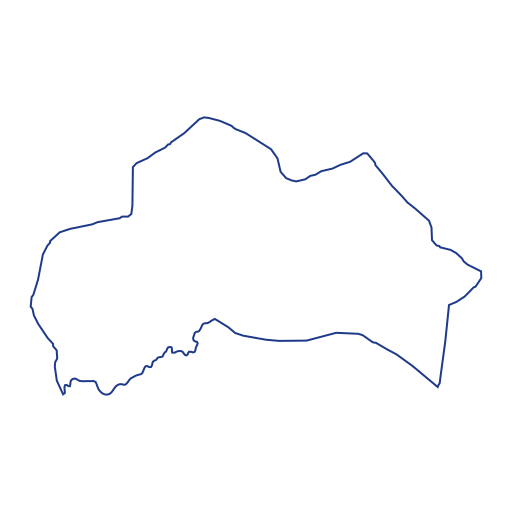 Acatenango, Chimaltenango, Guatemala
{"feature_id": "79465075B13136333773356", "entity_name": "Acatenango", "entity_type": "district", "adm_level": 2, "iso_a3": "GTM", "parent_name": "Guatemala", "parent_adm1": "Chimaltenango", "projection": "robinson", "projection_center": [-90.976, 14.55], "detail": "fine", "context": "isolated", "style": "outline", "palette": "blue", "viewbox_px": 512, "rotation_deg": 0, "n_neighbors": 0, "source": "geoboundaries", "source_scale": "gbopen_adm2", "svg_char_len": 2870}
<svg xmlns="http://www.w3.org/2000/svg" viewBox="0 0 512 512"><path d="M235.8,129.2L233.6,127.8L231.5,125.8L219.7,120.8L208.6,117.9L204.0,117.4L201.5,118.4L199.4,119.1L184.3,133.1L171.1,142.3L169.9,144.2L168.0,144.5L165.3,147.5L155.1,152.6L147.5,158.2L136.6,163.1L132.9,167.1L132.4,205.9L131.3,214.0L128.1,216.6L122.0,216.6L119.8,218.2L97.4,222.2L92.4,224.3L70.0,228.9L59.7,232.3L50.1,241.1L50.1,242.6L47.3,245.8L42.9,254.5L38.0,279.8L33.3,294.9L31.6,297.1L30.7,306.7L32.5,308.9L33.9,315.4L38.2,323.9L47.8,338.2L53.1,343.9L53.1,346.1L56.7,350.4L57.2,358.6L55.2,362.1L54.8,366.6L56.8,380.6L63.1,394.3L64.8,393.0L64.8,391.3L64.5,388.9L64.5,386.8L65.1,385.1L66.8,385.0L68.3,386.1L69.9,386.2L70.3,384.4L70.4,382.9L70.9,380.6L72.6,379.0L74.9,378.5L76.6,379.2L78.2,380.2L79.8,380.9L81.9,381.2L83.7,381.2L86.2,381.1L90.2,381.1L91.9,381.1L93.4,381.0L95.6,382.0L96.2,383.2L96.9,385.0L97.5,386.8L98.1,388.2L98.7,389.5L99.5,390.6L101.1,392.3L102.3,393.3L104.2,394.2L105.5,394.5L107.1,394.6L109.4,394.0L111.2,392.6L112.2,391.4L113.3,389.8L114.4,388.2L115.8,386.4L117.1,385.4L118.3,384.7L119.8,384.2L121.6,384.2L124.1,384.8L125.7,384.4L127.6,382.4L128.6,381.0L129.4,379.8L130.7,378.4L132.0,377.7L133.2,377.1L135.1,376.0L137.3,375.1L139.1,374.6L140.6,374.3L142.3,373.1L142.9,371.7L143.9,369.3L144.4,368.0L145.5,366.3L147.2,366.0L149.1,367.1L151.0,367.0L152.0,365.3L152.4,363.3L152.9,361.7L154.7,360.5L156.3,359.8L157.4,358.0L159.0,357.2L160.7,357.1L162.4,356.6L163.1,355.5L163.6,354.2L164.8,352.4L166.0,351.6L166.7,350.1L167.2,348.8L168.0,347.5L169.6,346.9L171.5,347.3L172.0,349.4L171.9,350.8L172.2,352.6L174.6,352.7L176.0,351.9L177.9,351.2L180.1,351.0L181.3,351.2L182.5,351.7L183.7,353.3L184.8,354.8L186.4,355.4L187.7,354.4L188.1,353.1L189.1,351.7L191.2,351.8L192.7,352.4L194.5,352.0L195.3,350.6L195.6,349.3L195.8,347.7L196.9,345.5L197.7,343.4L197.0,341.9L195.5,341.5L193.8,340.6L193.1,338.6L193.4,336.9L194.1,335.1L194.6,333.2L196.0,331.9L197.5,331.7L198.9,331.2L200.4,329.1L201.0,327.8L201.8,326.1L202.6,324.4L204.2,323.4L206.2,323.2L207.7,323.0L209.7,322.0L211.1,320.9L214.8,318.9L228.4,327.3L235.2,333.0L243.3,335.7L265.8,339.7L279.1,340.9L306.6,340.6L336.2,332.8L358.3,333.8L362.7,335.2L372.8,342.3L376.1,342.9L386.1,348.8L396.5,354.4L412.3,365.8L437.7,387.0L438.2,385.6L439.7,383.1L440.6,375.8L445.3,341.2L449.0,305.0L456.2,302.0L464.6,296.6L473.7,287.3L475.5,286.7L481.3,278.1L481.1,271.4L467.7,264.7L463.7,261.4L461.9,258.3L456.2,253.1L450.6,249.9L440.1,247.3L439.4,246.1L436.6,245.5L432.0,240.2L431.5,227.5L429.0,220.7L415.1,208.5L407.6,202.6L401.5,195.7L392.0,185.9L382.5,173.6L375.4,165.1L375.1,163.0L373.4,160.7L367.2,153.4L363.2,153.3L350.1,161.8L340.5,164.8L332.4,168.6L321.3,171.2L315.5,174.7L310.3,175.9L305.3,179.3L296.2,181.4L291.6,180.4L286.2,178.2L280.6,171.8L277.5,158.4L271.0,149.2L245.6,133.1L235.8,129.2Z" fill="none" stroke="#1e3a8a" stroke-width="2"/></svg>